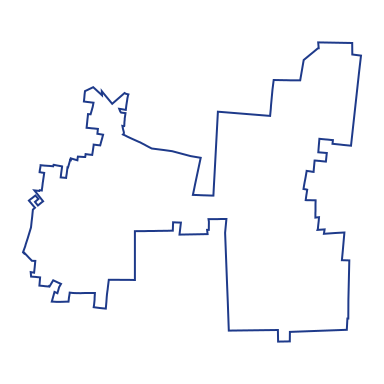 the district of Escárcega, Campeche, Mexico
{"feature_id": "50627088B69816273127262", "entity_name": "Escárcega", "entity_type": "district", "adm_level": 2, "iso_a3": "MEX", "parent_name": "Mexico", "parent_adm1": "Campeche", "projection": "orthographic", "projection_center": [-90.697, 18.582], "detail": "fine", "context": "isolated", "style": "outline", "palette": "blue", "viewbox_px": 384, "rotation_deg": 0, "n_neighbors": 0, "source": "geoboundaries", "source_scale": "gbopen_adm2", "svg_char_len": 5563}
<svg xmlns="http://www.w3.org/2000/svg" viewBox="0 0 384 384"><path d="M30.7,272.1L31.1,276.6L34.0,276.8L35.4,276.9L37.0,277.1L40.1,277.4L39.7,282.2L39.4,285.6L43.6,286.0L44.9,286.2L48.6,286.5L48.9,286.1L49.5,286.5L51.0,284.0L52.6,281.3L53.2,280.3L54.7,281.0L57.9,282.5L61.0,283.9L59.1,287.2L58.4,289.8L57.4,293.2L54.5,291.9L53.2,296.6L51.8,301.6L53.2,301.7L54.0,301.7L55.6,301.8L57.2,301.9L58.9,301.9L62.5,301.8L65.4,301.7L65.5,301.7L68.5,301.7L68.9,298.2L69.0,297.2L69.3,295.8L69.3,295.5L69.6,293.8L69.6,293.4L69.7,292.6L73.0,293.0L75.7,293.1L77.8,293.1L80.4,293.2L82.1,293.1L85.2,293.0L87.8,293.0L89.7,293.0L91.4,293.0L94.9,293.0L94.6,297.9L94.6,299.4L94.5,300.6L94.1,304.5L93.7,307.2L96.7,307.6L99.8,308.0L102.6,308.3L105.8,308.6L106.4,301.8L106.7,297.4L107.0,294.0L107.1,293.4L107.4,291.0L107.6,289.8L107.9,287.1L108.3,283.8L108.8,279.8L112.0,279.8L113.1,279.8L114.1,279.8L115.0,279.8L116.2,279.8L118.0,279.8L123.1,279.9L125.7,279.9L128.1,279.9L130.0,279.9L134.9,280.0L134.9,267.3L134.9,250.6L134.9,237.7L134.9,231.2L138.1,231.1L141.3,231.1L145.4,231.1L148.3,231.0L151.0,231.0L153.6,231.0L157.5,230.9L161.1,230.9L163.7,230.8L166.9,230.8L170.2,230.7L172.8,230.7L173.0,224.7L173.1,223.1L173.1,222.5L173.1,222.3L177.6,222.5L180.9,222.6L179.5,234.6L207.6,234.1L207.1,229.9L208.8,229.9L208.9,221.8L208.9,221.7L208.5,219.1L210.2,219.1L215.1,219.1L218.2,219.1L221.1,219.0L221.5,219.0L224.7,219.0L226.4,219.0L225.1,232.8L227.0,282.4L227.8,302.4L228.8,330.6L277.9,330.0L278.1,341.6L289.8,341.4L289.9,331.9L346.8,329.8L347.4,318.5L348.3,318.5L348.4,299.7L348.6,290.8L349.3,260.4L341.9,260.2L342.8,250.7L344.4,232.5L335.3,233.0L323.9,233.8L324.6,229.4L317.5,229.9L317.9,228.7L318.0,227.5L318.2,225.5L318.3,224.5L318.7,221.1L319.0,217.2L318.0,217.3L317.1,217.4L316.1,217.5L315.4,217.6L315.4,216.0L315.4,214.4L315.4,213.3L315.4,212.8L315.5,211.2L315.5,210.4L315.5,209.0L315.5,206.7L315.5,204.0L315.6,201.1L315.6,200.3L309.3,200.2L308.1,200.2L306.9,200.2L305.7,200.1L306.2,196.3L306.5,194.3L306.6,193.8L307.2,189.7L306.0,189.4L305.9,189.4L304.7,189.2L303.5,189.0L304.1,185.2L304.7,181.9L305.2,179.4L305.5,177.8L305.7,176.7L306.4,172.5L306.7,171.0L306.7,170.9L308.1,171.1L308.4,171.1L308.8,171.2L310.3,171.4L311.9,171.7L312.5,171.8L313.6,171.9L313.7,170.4L314.6,160.5L315.3,160.5L316.0,160.6L316.6,160.7L317.2,160.7L317.9,160.8L318.6,160.9L319.5,160.9L321.0,161.1L322.9,161.3L325.9,161.6L326.0,160.9L326.1,159.5L326.6,154.7L326.8,153.0L318.3,152.3L318.8,145.8L319.4,138.8L322.1,139.1L325.3,139.4L327.9,139.6L330.5,139.9L332.9,140.1L332.5,143.8L336.5,144.2L340.5,144.6L342.1,144.8L342.9,144.9L351.0,145.7L353.0,127.5L359.1,71.9L361.0,55.6L352.3,54.5L352.2,43.0L318.2,42.4L318.7,48.3L317.8,48.4L303.7,60.0L300.2,80.3L296.6,80.3L292.9,80.3L291.0,80.3L289.6,80.3L286.2,80.2L284.7,80.2L273.7,80.0L272.5,89.4L271.0,105.6L270.8,108.7L270.1,115.9L217.9,111.7L214.6,173.2L214.3,178.5L214.0,183.9L213.6,191.5L213.4,195.6L212.5,195.6L209.5,195.5L206.7,195.4L203.3,195.3L200.6,195.2L198.7,195.1L196.2,195.0L192.9,194.9L194.2,188.7L195.0,184.7L195.8,180.9L200.7,157.8L190.6,156.1L172.2,151.2L163.6,150.0L161.2,149.7L151.7,148.5L150.4,147.8L149.0,147.1L145.8,145.4L144.6,144.7L142.8,143.8L139.8,142.2L139.5,142.1L139.4,142.1L134.7,140.0L131.6,138.6L127.3,136.6L125.6,135.7L124.0,134.9L123.8,134.9L123.0,134.5L123.8,133.7L123.9,132.6L123.7,131.6L123.0,129.0L122.7,127.5L122.7,127.4L122.6,126.9L122.4,125.9L123.7,126.2L124.2,126.1L124.3,125.9L124.3,124.3L124.4,123.4L124.4,123.1L124.4,122.8L124.4,122.5L124.5,121.5L124.5,121.1L124.6,120.8L124.6,120.4L124.7,119.7L124.7,119.4L124.7,119.2L124.7,118.9L124.7,118.6L125.1,115.9L125.5,113.1L121.1,112.6L120.6,112.0L120.4,111.7L120.2,111.4L119.2,108.8L120.7,109.0L125.8,109.9L126.3,105.6L126.7,103.0L127.2,99.9L127.4,98.3L128.0,95.5L128.4,94.4L126.8,94.0L125.6,93.7L124.6,93.0L112.2,103.8L102.9,92.6L101.8,91.2L102.0,95.3L100.0,93.4L98.1,91.7L95.2,89.0L93.2,87.2L93.0,87.3L90.3,88.6L88.8,89.3L87.4,90.0L85.0,91.1L84.8,92.7L84.6,94.3L84.3,97.9L83.9,101.5L87.6,102.0L89.5,102.2L90.9,102.4L93.5,102.7L92.7,106.9L90.6,114.3L88.0,114.1L87.7,117.3L87.5,118.9L87.1,122.9L86.6,127.8L89.1,128.0L91.7,128.3L94.2,128.5L97.9,128.9L97.4,133.8L103.1,134.7L102.9,135.6L102.7,136.2L102.6,136.5L102.5,136.9L102.3,137.8L101.2,141.6L100.2,145.4L96.8,145.0L93.7,144.6L93.7,144.8L93.2,148.4L92.8,151.1L92.2,154.9L89.3,154.6L85.6,154.1L85.5,154.9L85.4,155.8L85.2,157.0L84.0,157.0L77.9,156.6L77.6,158.2L77.5,159.7L77.4,160.3L76.0,159.9L73.6,159.2L72.2,158.8L70.7,158.3L70.4,159.1L70.2,159.8L70.9,160.0L70.8,160.4L70.0,160.3L70.0,160.5L69.2,163.4L68.0,167.5L67.5,167.4L67.3,169.1L67.2,169.7L66.7,173.8L66.3,176.1L66.1,177.9L60.7,177.4L61.2,173.0L62.1,166.7L62.1,166.4L58.9,165.8L57.1,165.5L53.8,164.8L53.6,164.8L53.2,166.3L52.4,166.2L51.3,166.1L50.2,166.0L49.2,165.9L48.4,165.9L47.6,165.8L46.0,165.7L44.4,165.6L40.6,165.2L40.6,165.5L40.1,168.8L40.0,169.1L39.8,170.3L39.8,170.5L39.8,170.8L39.7,171.0L39.6,172.2L40.5,172.3L41.9,172.6L42.9,172.7L44.2,172.9L43.8,175.7L43.8,175.8L43.3,179.2L43.1,180.4L43.0,181.5L42.8,182.4L42.4,185.9L42.2,187.5L41.9,189.3L41.8,190.5L39.6,190.2L39.1,190.7L39.1,190.9L34.4,190.4L35.6,191.9L37.3,194.0L43.1,201.3L41.4,202.6L37.9,205.5L35.0,201.9L38.4,199.0L35.4,195.5L33.7,196.8L32.0,198.2L31.1,198.8L29.7,199.9L28.9,200.6L30.8,202.8L33.3,205.8L35.0,207.7L32.9,209.6L32.5,213.5L32.2,216.7L31.6,221.7L31.0,227.4L27.6,238.6L25.7,244.4L25.2,246.3L24.8,247.4L24.5,248.2L23.0,252.3L24.2,253.5L24.5,253.0L27.9,256.6L28.9,257.7L30.6,259.4L31.9,260.8L35.3,260.9L34.7,267.2L34.1,272.7L30.7,272.1Z" fill="none" stroke="#1e3a8a" stroke-width="2"/></svg>